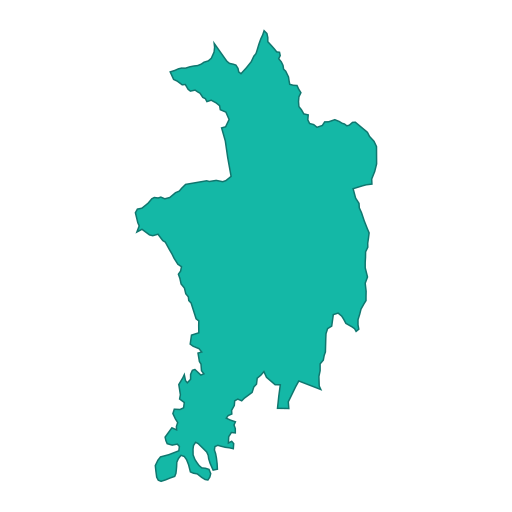 Catuípe, Rio Grande do Sul, Brazil (Equal Earth projection)
{"feature_id": "56859067B31230099072742", "entity_name": "Catuípe", "entity_type": "district", "adm_level": 2, "iso_a3": "BRA", "parent_name": "Brazil", "parent_adm1": "Rio Grande do Sul", "projection": "equal_earth", "projection_center": [-54.059, -28.176], "detail": "fine", "context": "isolated", "style": "filled", "palette": "teal", "viewbox_px": 512, "rotation_deg": 0, "n_neighbors": 0, "source": "geoboundaries", "source_scale": "gbopen_adm2", "svg_char_len": 4050}
<svg xmlns="http://www.w3.org/2000/svg" viewBox="0 0 512 512"><path d="M371.9,184.1L371.7,179.0L374.7,171.5L376.6,163.9L376.5,146.6L374.0,141.3L369.5,136.4L367.4,132.3L355.3,122.2L352.5,122.4L349.3,125.2L346.8,125.8L344.5,124.0L341.9,123.2L339.3,121.5L334.8,119.7L328.6,121.8L324.7,121.9L322.3,125.5L317.0,127.3L313.7,124.6L309.6,123.5L307.8,119.9L308.2,114.9L303.8,113.9L301.4,109.7L298.9,106.6L298.5,101.5L298.9,96.8L300.9,92.7L298.6,89.0L297.0,85.5L293.4,85.3L289.7,84.3L289.0,80.4L288.5,77.0L287.1,74.1L285.7,71.2L283.6,69.2L283.0,65.4L281.3,61.9L278.7,58.7L280.2,55.6L279.5,52.3L276.7,51.9L274.4,49.0L271.3,45.5L267.8,41.7L267.8,37.6L266.9,33.5L264.1,30.7L262.7,34.9L260.8,38.9L258.9,44.2L257.1,50.2L256.0,53.6L253.9,56.1L251.2,61.8L249.1,64.4L246.2,68.0L241.0,73.7L238.7,71.9L238.0,68.4L235.9,65.1L233.2,64.2L229.5,63.4L227.0,61.4L225.1,58.8L214.2,43.4L214.6,47.3L214.1,52.0L211.3,58.3L208.3,60.9L204.0,62.2L201.3,64.1L197.6,65.6L193.9,66.0L189.8,66.8L185.4,68.2L181.5,68.1L178.5,68.8L174.9,70.4L170.2,71.9L173.6,79.4L177.2,81.1L182.2,84.8L185.3,84.5L188.1,89.3L190.4,91.1L195.1,90.1L197.7,91.9L200.0,93.2L202.8,97.4L205.4,98.7L206.9,101.6L211.2,100.2L216.0,102.8L219.6,105.7L220.3,109.7L225.9,112.1L229.1,119.5L225.6,126.8L221.6,127.9L225.3,140.9L227.7,157.5L231.1,176.4L225.9,180.6L222.7,181.7L216.2,180.4L209.4,181.5L206.6,180.8L185.6,184.4L181.6,188.3L179.3,191.1L175.5,192.7L169.8,197.5L164.8,198.8L160.8,197.1L158.2,198.0L154.3,197.5L151.8,198.8L148.1,203.2L141.9,208.2L137.4,209.1L135.4,212.7L137.8,222.7L139.2,225.9L136.9,232.0L142.0,229.3L149.5,234.9L152.8,235.7L158.0,234.2L161.0,238.3L162.8,240.6L165.3,242.1L169.3,249.4L172.0,254.0L174.1,258.3L177.9,264.3L181.5,266.7L180.6,271.1L178.4,274.2L179.9,278.4L181.1,284.0L184.4,288.0L185.8,293.8L188.3,296.8L188.8,300.6L191.1,303.0L196.1,318.8L198.8,320.9L198.7,325.4L198.8,332.8L191.5,335.1L190.2,344.1L193.2,346.3L199.1,348.7L201.7,352.0L198.0,353.1L199.4,361.5L201.0,364.1L201.5,370.7L203.9,373.8L200.9,375.1L194.9,369.5L192.4,370.3L190.6,374.4L190.6,379.3L187.3,382.8L185.5,380.6L184.3,374.7L182.9,377.7L178.8,384.5L180.4,394.8L179.6,399.0L184.3,402.5L183.6,407.8L180.0,409.5L174.3,409.2L172.9,413.6L175.4,418.9L177.7,422.5L176.4,426.5L176.6,429.9L171.9,427.8L165.1,437.1L165.9,440.6L167.2,443.7L172.2,445.1L177.3,444.1L179.4,446.5L178.8,450.8L168.8,454.7L160.5,456.9L157.9,460.2L155.3,465.6L155.9,471.2L156.7,477.2L158.3,480.2L161.1,481.3L165.5,479.9L169.8,478.1L174.7,476.4L175.9,473.4L176.3,470.1L176.6,466.8L176.8,462.2L178.4,458.6L181.0,455.3L184.3,456.5L186.6,459.7L188.6,464.8L190.4,471.9L193.4,473.2L197.3,473.9L201.7,477.4L205.1,479.5L207.9,480.0L209.8,477.1L210.7,473.6L209.0,469.4L205.6,468.3L201.8,467.9L199.1,465.6L196.9,462.6L194.9,459.5L193.1,454.9L193.0,449.1L193.5,445.5L195.6,442.3L198.2,443.6L203.4,448.7L206.7,452.0L208.2,455.3L208.7,458.8L210.1,463.3L213.1,470.1L217.4,469.2L217.1,463.7L216.4,457.8L215.6,453.6L214.4,450.0L214.9,446.6L217.8,445.3L220.5,446.1L225.3,447.3L229.5,447.8L233.3,448.7L233.7,443.6L231.7,441.3L228.4,443.0L228.7,436.7L231.4,432.5L235.3,432.9L235.3,428.6L234.0,425.0L235.4,421.8L230.4,420.1L226.3,418.2L228.1,415.6L231.8,414.0L231.6,410.3L234.3,405.5L234.7,400.8L237.8,399.1L241.7,400.8L244.3,398.2L249.7,394.2L252.1,392.4L253.8,387.0L256.5,384.1L257.2,378.2L260.9,375.1L263.9,371.6L266.5,377.3L275.1,384.7L280.3,384.8L278.8,396.0L277.5,408.3L288.8,408.5L288.3,401.8L295.6,386.8L298.8,381.0L320.8,389.5L319.2,386.0L318.9,376.4L320.1,370.7L320.1,363.9L323.3,360.1L324.2,355.3L325.4,352.0L325.8,337.7L326.0,333.6L327.6,328.6L331.7,326.1L333.3,314.6L338.1,313.1L341.7,316.1L343.6,319.1L345.9,323.4L352.1,326.9L354.6,328.7L356.1,331.4L358.8,329.2L358.0,324.9L358.0,319.7L359.7,314.2L361.0,309.1L364.1,303.6L366.0,300.6L366.0,297.2L366.1,291.3L365.2,283.2L367.5,277.0L365.2,267.8L365.2,262.5L365.5,257.5L365.6,251.8L367.8,247.2L367.7,243.2L368.5,237.9L369.1,232.9L367.4,228.9L364.2,220.8L361.5,212.7L359.3,207.9L359.0,203.4L355.6,198.1L353.1,188.7L362.5,185.8L366.2,184.8L371.9,184.1Z" fill="#14b8a6" stroke="#0f766e" stroke-width="1.5"/></svg>